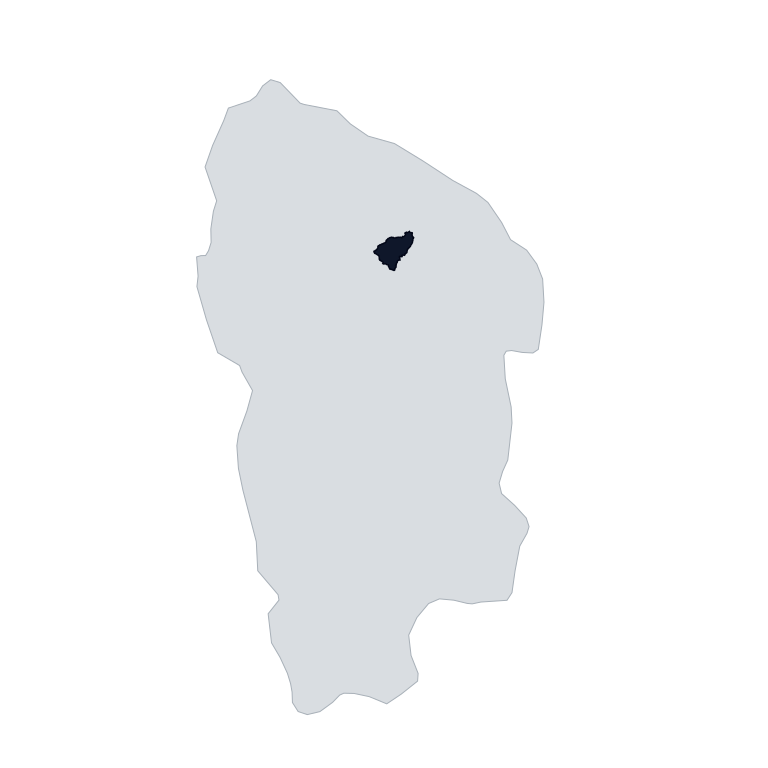 Kabjisa, Punakha, Bhutan (highlighted), rotated 82°
{"feature_id": "84629894B81369433275324", "entity_name": "Kabjisa", "entity_type": "district", "adm_level": 2, "iso_a3": "BTN", "parent_name": "Bhutan", "parent_adm1": "Punakha", "projection": "albers", "projection_center": [89.724, 27.643], "detail": "fine", "context": "in_parent", "style": "filled", "palette": "ink", "viewbox_px": 768, "rotation_deg": 82, "n_neighbors": 0, "source": "geoboundaries", "source_scale": "gbopen_adm2", "svg_char_len": 6500}
<svg xmlns="http://www.w3.org/2000/svg" viewBox="0 0 768 768"><g transform="rotate(82 384 384)"><path d="M614.0,327.2L612.9,332.0L607.8,344.9L604.5,359.0L607.6,370.4L619.8,383.9L636.1,394.5L656.6,395.0L675.4,390.5L682.9,392.1L693.5,410.1L701.1,425.8L691.5,442.2L686.3,456.6L684.6,466.8L685.9,471.2L692.1,479.2L699.5,493.1L700.7,506.0L696.4,514.6L686.7,519.0L676.3,517.9L667.7,518.2L657.0,519.9L640.2,525.0L624.7,531.4L595.4,530.7L583.4,518.1L577.9,518.2L551.4,535.0L522.3,532.4L469.4,538.5L447.3,539.9L424.6,538.3L413.0,534.9L391.6,523.5L372.2,515.1L352.5,522.9L345.6,524.4L329.9,544.3L295.6,550.9L261.5,555.7L251.4,553.1L232.1,551.9L231.4,547.3L232.0,542.8L227.6,539.2L219.8,535.5L206.4,533.9L189.2,528.9L179.3,524.2L144.2,531.0L123.9,520.5L100.8,506.0L89.1,499.7L85.0,477.4L81.0,470.3L71.9,462.7L66.9,453.8L71.1,444.8L94.2,428.0L96.1,424.1L106.9,392.6L121.7,381.2L136.3,365.3L147.4,340.1L168.7,314.2L192.0,287.6L208.1,265.9L218.7,255.8L240.5,245.0L258.7,238.6L271.3,224.1L286.5,216.0L302.1,212.3L325.3,214.2L347.2,219.3L371.2,226.4L374.0,232.2L372.0,242.6L368.6,253.0L368.5,258.4L372.2,261.3L395.7,263.2L424.4,261.3L440.5,262.7L476.5,272.0L487.1,278.7L498.2,283.8L508.9,282.8L522.4,271.5L536.5,261.8L545.4,260.2L551.8,263.2L563.4,272.1L587.2,280.2L608.4,286.3L615.3,292.3L613.4,318.4L614.0,327.2Z" fill="#d9dde1" stroke="#a8b0b8" stroke-width="1"/><path d="M263.5,350.9L263.0,350.9L262.5,350.9L262.1,350.9L261.4,350.9L261.0,351.1L260.6,351.1L259.9,350.9L260.1,350.1L260.2,349.7L260.3,348.9L260.4,348.5L260.3,348.4L260.2,348.3L259.9,348.2L259.7,348.2L259.5,348.3L259.3,348.3L259.1,348.4L259.1,348.0L258.9,347.6L258.9,347.4L259.0,347.0L259.2,346.5L259.4,346.2L259.3,345.7L258.9,345.3L258.6,345.2L258.3,345.0L258.2,344.9L258.1,345.0L257.9,345.0L257.8,344.7L257.8,344.3L257.7,344.1L257.4,343.8L257.3,343.6L257.2,343.3L257.0,343.1L256.5,342.9L255.9,342.8L255.4,342.6L254.5,342.2L254.1,342.1L253.9,341.9L253.8,341.6L253.5,341.4L253.1,341.1L253.0,340.9L252.7,340.3L252.5,340.2L252.3,339.9L252.1,339.6L251.8,339.3L251.5,338.9L251.3,338.7L251.0,338.5L250.6,338.3L250.0,338.0L249.6,337.6L249.5,337.4L249.3,337.2L249.0,337.1L248.7,336.9L248.5,336.6L248.2,336.4L248.0,336.2L247.5,336.2L247.1,336.0L246.7,335.8L246.2,335.8L246.2,335.7L245.8,335.4L245.7,335.4L245.4,335.4L245.0,335.4L244.6,335.2L244.2,335.0L244.1,334.8L243.9,334.6L243.6,334.5L243.4,334.4L243.1,334.3L242.8,334.7L242.8,334.8L242.7,335.0L242.4,335.1L242.0,335.0L241.9,335.2L241.7,335.4L241.5,335.5L241.3,335.5L241.1,335.4L240.8,335.4L240.5,335.4L240.1,335.6L239.8,335.4L239.6,335.3L239.3,335.2L238.7,335.0L238.4,335.0L238.2,335.0L238.0,335.3L238.1,335.5L238.0,335.8L238.0,336.1L237.9,336.3L237.7,336.5L237.5,337.1L237.2,337.3L237.0,337.5L236.8,337.7L236.6,337.7L236.7,337.9L236.7,338.0L236.9,338.3L236.9,338.5L237.0,338.8L237.1,339.0L237.2,339.3L237.3,339.6L237.4,339.8L237.4,340.0L237.2,340.2L237.1,340.3L236.8,340.6L237.0,341.2L237.1,341.4L237.2,341.8L237.4,342.2L237.5,342.3L238.3,342.1L238.6,341.9L238.9,341.9L239.2,342.0L239.5,342.2L239.7,342.4L240.0,342.7L240.2,342.9L240.4,343.0L240.7,343.6L240.8,343.8L240.9,344.1L240.6,344.7L240.5,345.1L241.0,345.4L241.4,345.6L241.6,345.7L241.7,345.8L241.6,346.1L241.6,346.3L241.4,346.5L241.1,346.8L241.0,347.1L240.9,347.4L240.9,347.6L240.9,348.1L240.9,348.7L240.8,348.9L240.7,349.2L240.6,349.7L240.7,350.1L240.7,350.4L240.9,350.7L240.8,351.4L240.6,351.6L240.8,351.8L241.0,351.9L241.0,352.2L241.0,352.4L240.9,352.9L240.8,353.1L240.8,353.3L241.0,353.5L240.8,354.0L240.7,354.2L240.6,354.3L240.2,354.4L240.2,354.6L240.2,354.9L240.1,355.1L240.0,355.4L239.9,355.5L239.7,355.9L239.7,356.1L239.7,356.3L239.7,356.5L239.8,356.8L239.9,357.1L239.9,357.3L239.9,357.9L240.0,358.2L240.1,358.4L240.3,358.6L240.5,359.1L240.5,359.4L240.5,359.6L240.6,359.9L240.8,360.0L241.1,360.2L241.2,360.3L241.3,360.6L241.5,360.9L241.6,361.1L241.8,361.4L242.0,361.7L242.1,361.8L242.4,361.9L242.6,362.0L243.1,361.9L243.5,362.2L243.7,362.5L243.8,362.7L244.0,362.9L244.2,363.2L244.3,363.5L244.5,363.7L244.5,364.0L244.5,364.5L244.7,364.8L244.7,365.0L244.8,365.3L244.9,365.6L245.0,365.8L245.1,366.3L245.1,366.6L245.1,366.9L245.3,367.3L245.5,367.5L245.7,368.1L245.7,368.3L245.6,368.7L245.7,368.8L245.8,369.0L246.0,369.1L246.1,369.5L246.2,369.8L246.3,370.1L246.3,370.3L246.4,370.5L246.5,370.6L246.9,370.8L247.2,371.0L247.4,371.0L247.8,371.0L248.2,371.0L248.6,371.3L248.9,371.6L249.2,371.8L249.3,372.0L249.5,372.1L249.6,372.3L249.8,372.5L250.0,372.7L250.3,373.0L250.4,373.3L250.4,373.5L250.4,373.8L250.6,373.9L250.6,374.0L250.8,374.2L250.9,374.5L251.1,375.3L251.2,375.5L251.8,375.5L252.0,375.5L252.4,375.3L252.8,375.2L253.0,375.1L253.3,375.0L253.3,374.7L253.4,374.4L253.6,374.2L254.0,373.9L254.2,373.6L254.3,373.4L254.7,373.0L255.0,372.7L255.4,372.2L255.7,371.9L255.9,371.6L256.2,371.5L256.3,371.3L256.5,371.2L256.8,371.1L257.1,371.1L257.4,371.1L257.7,371.1L257.9,371.1L258.2,371.1L258.3,371.1L258.5,371.1L258.9,371.2L259.2,371.2L259.6,371.3L259.8,371.3L259.9,371.2L260.0,371.1L260.3,371.0L260.6,371.0L260.6,370.9L261.0,370.5L261.4,370.1L261.7,369.8L262.0,369.2L262.5,368.8L262.8,368.5L263.0,368.3L263.3,368.0L263.5,367.9L263.7,368.0L264.0,368.1L264.4,368.2L264.6,368.4L264.9,368.0L265.1,367.6L265.2,367.4L265.1,367.0L265.0,366.7L265.1,366.3L265.1,365.9L265.5,365.3L265.9,365.0L266.0,364.9L266.1,364.7L266.2,364.4L266.3,364.2L266.5,363.9L266.6,363.7L266.7,363.3L266.7,363.1L266.8,363.1L267.1,363.0L267.4,363.0L267.7,363.0L267.9,363.1L268.1,363.2L268.3,363.1L268.5,363.0L268.7,362.9L268.9,362.8L269.1,362.8L269.3,362.7L269.5,362.7L269.8,362.6L270.1,362.5L270.3,362.4L270.6,362.4L270.9,362.3L270.9,362.2L271.0,362.1L271.0,361.9L271.2,361.6L271.2,361.4L271.3,361.2L271.5,361.1L271.6,360.9L271.6,360.7L271.6,360.4L271.7,360.2L271.8,360.1L271.8,359.9L272.0,359.8L272.0,359.7L272.2,359.4L272.5,359.2L272.6,358.8L272.6,358.7L272.8,358.6L272.9,358.4L272.9,358.1L272.9,357.9L272.8,357.7L272.7,357.7L272.4,357.7L272.2,357.4L271.9,357.5L271.7,357.5L271.4,357.5L271.2,357.4L271.1,357.0L271.0,356.9L270.9,356.9L270.6,356.7L270.4,356.3L270.2,356.0L270.0,355.9L269.9,355.9L269.7,355.9L269.3,355.8L269.0,355.6L268.7,355.6L268.2,355.5L268.0,355.8L267.9,356.0L267.7,355.9L267.6,355.7L267.4,355.4L267.3,355.2L267.0,355.1L266.8,355.0L266.7,355.0L266.3,355.0L266.1,355.0L266.0,354.9L265.9,354.7L265.7,354.2L265.4,354.0L264.8,353.9L264.4,353.7L264.0,353.5L263.9,353.4L263.7,353.1L263.6,352.8L263.6,352.6L263.6,352.4L263.3,352.1L263.3,351.9L263.2,351.6L263.3,351.5L263.4,351.2L263.5,351.1L263.5,350.9Z" fill="#0f172a" stroke="#020617" stroke-width="1.5"/></g></svg>